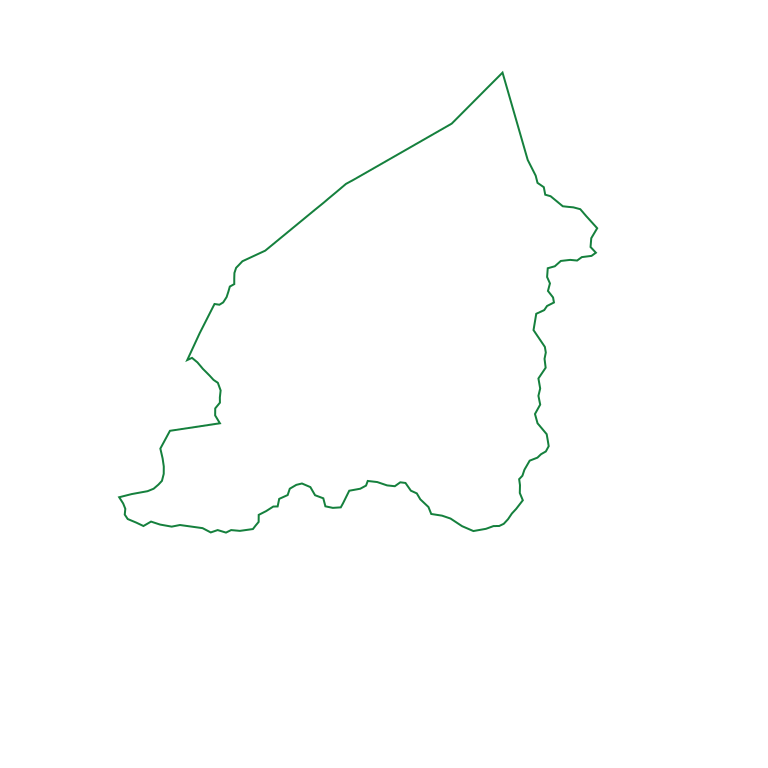 Betânia do Piauí, Piauí, Brazil (Robinson projection), rotated 322°
{"feature_id": "56859067B13783160921542", "entity_name": "Betânia do Piauí", "entity_type": "district", "adm_level": 2, "iso_a3": "BRA", "parent_name": "Brazil", "parent_adm1": "Piauí", "projection": "robinson", "projection_center": [-40.777, -8.134], "detail": "fine", "context": "isolated", "style": "outline", "palette": "green", "viewbox_px": 768, "rotation_deg": 322, "n_neighbors": 0, "source": "geoboundaries", "source_scale": "gbopen_adm2", "svg_char_len": 2144}
<svg xmlns="http://www.w3.org/2000/svg" viewBox="0 0 768 768"><g transform="rotate(322 384 384)"><path d="M392.3,567.9L398.5,566.9L405.0,564.8L411.2,563.8L421.8,561.1L423.9,553.5L428.9,547.4L431.9,542.2L436.6,541.5L441.9,538.0L451.6,534.1L459.6,536.5L464.5,536.0L470.0,536.8L475.5,534.4L478.2,529.5L481.3,523.7L480.8,509.5L484.5,500.6L494.4,496.4L498.4,488.4L504.3,483.7L509.1,474.7L521.4,470.7L526.0,463.0L530.9,458.8L533.6,453.8L535.0,433.6L547.2,422.4L555.8,424.4L560.5,422.9L568.1,424.4L570.5,419.9L570.5,411.6L576.7,406.9L578.4,400.1L584.3,393.6L591.1,396.4L599.1,395.9L607.1,400.8L612.2,405.6L618.0,405.8L626.4,410.8L631.8,411.0L631.1,403.2L637.1,396.7L647.9,392.5L646.7,376.0L646.3,367.1L642.0,361.4L638.3,357.9L634.3,354.0L630.9,338.6L627.6,334.1L631.1,327.3L628.8,320.0L631.8,313.2L635.2,295.9L645.1,271.3L659.5,235.5L662.2,228.8L669.1,211.6L647.9,214.2L597.7,220.5L486.2,204.4L477.2,202.9L464.4,203.4L454.4,203.7L447.4,204.0L436.1,204.2L372.5,205.8L348.0,200.1L343.4,200.8L339.0,201.4L334.5,204.4L331.0,208.6L327.5,213.1L322.5,212.3L318.1,215.5L313.5,218.6L307.5,220.7L303.1,220.2L299.7,216.6L270.0,230.5L243.7,244.0L248.8,245.2L250.3,252.1L250.6,260.6L251.7,269.6L252.2,275.8L253.8,280.8L251.3,288.5L246.4,293.5L243.2,297.7L236.0,299.3L231.6,304.8L230.5,313.9L186.5,289.1L168.0,297.2L163.7,306.4L159.7,313.4L155.1,319.2L149.4,323.6L144.3,324.4L138.0,324.7L131.7,322.9L117.4,315.4L105.6,310.2L104.9,317.6L103.3,323.1L99.3,327.3L98.9,332.6L103.5,340.8L107.0,347.8L115.7,349.0L121.0,356.9L128.9,365.7L136.4,369.5L152.3,385.9L156.1,394.3L163.0,396.7L168.0,403.8L173.6,405.0L180.0,411.0L191.4,417.6L195.7,416.5L200.3,415.5L204.7,410.0L212.9,411.6L221.3,412.4L224.8,415.0L230.7,410.0L239.7,412.2L245.3,408.5L252.8,409.5L258.1,411.9L262.5,419.9L261.2,429.2L265.8,436.7L262.5,444.3L267.4,450.1L274.0,454.6L278.2,452.8L290.9,446.7L300.8,451.9L307.3,453.0L311.5,450.4L318.3,457.1L324.0,465.8L329.6,471.2L336.3,471.5L340.0,475.2L339.5,484.6L342.5,490.4L341.6,497.2L343.3,508.3L341.2,515.5L348.7,523.5L353.6,531.0L358.0,544.1L363.9,554.9L375.2,560.9L382.9,563.4L387.3,566.8L392.3,567.9Z" fill="none" stroke="#15803d" stroke-width="2"/></g></svg>